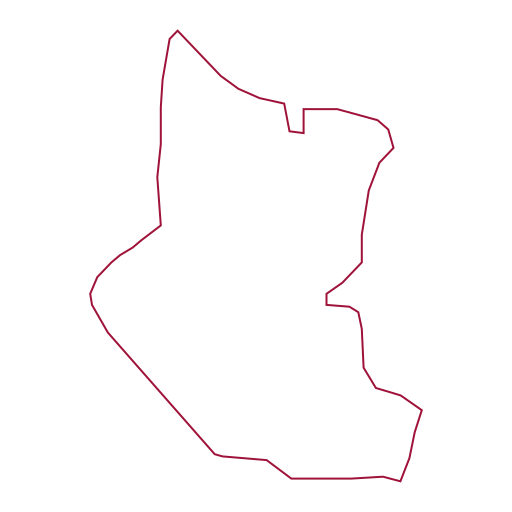 outline of Bucheon-si, Gyeonggi, South Korea
{"feature_id": "91817680B41928523553758", "entity_name": "Bucheon-si", "entity_type": "district", "adm_level": 2, "iso_a3": "KOR", "parent_name": "South Korea", "parent_adm1": "Gyeonggi", "projection": "equal_earth", "projection_center": [126.801, 37.499], "detail": "fine", "context": "isolated", "style": "outline", "palette": "rose", "viewbox_px": 512, "rotation_deg": 0, "n_neighbors": 0, "source": "geoboundaries", "source_scale": "gbopen_adm2", "svg_char_len": 754}
<svg xmlns="http://www.w3.org/2000/svg" viewBox="0 0 512 512"><path d="M400.4,481.3L409.4,458.2L414.7,432.3L421.8,410.2L400.6,395.4L375.9,388.0L363.6,367.7L361.8,328.9L358.3,312.2L349.4,306.7L326.5,304.9L326.5,293.8L342.4,282.7L361.8,262.4L361.8,234.7L368.8,190.4L379.4,162.7L393.5,147.9L388.6,130.6L388.2,129.4L377.6,120.2L337.1,109.1L317.7,109.1L303.6,109.1L303.6,133.1L289.5,131.3L284.2,103.6L259.5,98.1L238.4,88.8L220.7,75.9L177.6,30.7L169.6,39.0L162.6,79.6L160.8,107.3L160.8,144.2L157.3,177.2L160.8,225.4L141.4,240.2L132.6,247.6L120.2,255.0L111.4,262.4L97.3,277.1L90.2,293.8L92.0,304.9L107.9,332.6L214.7,454.2L222.5,456.4L266.6,460.1L291.3,478.6L314.2,478.6L351.2,478.6L383.0,476.7L400.4,481.3Z" fill="none" stroke="#9f1239" stroke-width="2"/></svg>